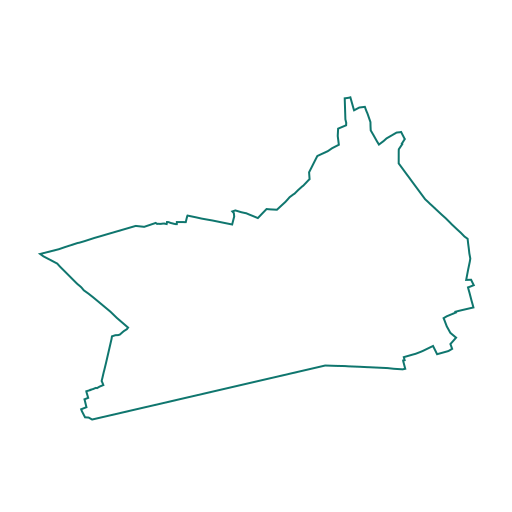 Alūksne, Aluksne, Latvia, rotated 176°
{"feature_id": "27541924B6275122362783", "entity_name": "Alūksne", "entity_type": "district", "adm_level": 2, "iso_a3": "LVA", "parent_name": "Latvia", "parent_adm1": "Aluksne", "projection": "mercator", "projection_center": [27.066, 57.422], "detail": "fine", "context": "isolated", "style": "outline", "palette": "teal", "viewbox_px": 512, "rotation_deg": 176, "n_neighbors": 0, "source": "geoboundaries", "source_scale": "gbopen_adm2", "svg_char_len": 3509}
<svg xmlns="http://www.w3.org/2000/svg" viewBox="0 0 512 512"><g transform="rotate(176 256 256)"><path d="M62.1,160.6L66.5,164.8L67.5,165.8L69.1,169.3L70.6,172.5L72.2,177.8L72.4,178.5L73.2,180.9L69.8,182.6L60.6,185.7L60.9,186.5L59.7,186.7L57.6,187.1L54.6,187.6L54.0,187.7L42.7,189.5L43.3,192.6L44.2,196.9L44.7,199.6L45.6,204.4L46.3,207.8L46.7,209.9L44.5,210.5L40.8,211.7L42.1,214.8L43.1,217.3L48.0,217.5L45.2,228.1L43.1,235.5L42.4,238.5L43.0,243.7L43.2,248.6L43.5,253.5L43.7,258.4L46.7,260.9L48.3,262.8L49.9,264.7L53.5,268.5L57.1,272.4L58.6,274.0L60.0,275.7L64.1,280.4L68.0,284.4L77.5,294.6L78.0,295.1L78.9,296.0L80.0,297.3L83.3,300.8L95.1,319.3L98.6,324.9L99.1,325.6L106.3,337.0L107.2,338.4L106.3,350.8L106.1,352.5L102.3,357.4L102.7,357.9L99.4,362.3L99.6,362.6L102.6,369.6L104.2,369.4L104.6,369.4L105.4,369.4L107.2,369.3L117.6,364.2L120.5,361.9L125.6,358.6L127.4,362.1L130.2,368.0L132.8,373.3L132.7,377.5L132.5,381.6L132.9,383.1L134.3,388.3L134.5,389.1L135.1,391.1L135.6,392.4L136.2,394.4L136.4,395.0L136.8,396.6L137.0,397.2L142.6,396.9L148.0,394.5L148.2,395.2L150.8,407.7L152.3,407.4L153.4,407.3L154.7,407.2L156.5,407.1L157.3,386.1L156.7,382.5L157.0,380.1L157.3,380.0L157.6,379.9L163.8,377.8L165.2,377.3L166.1,370.0L165.6,361.2L166.5,360.8L172.6,358.2L176.8,355.7L187.8,351.5L188.5,350.4L189.7,348.4L197.2,335.8L197.2,332.7L197.2,328.9L198.2,328.1L204.0,322.8L204.9,322.3L209.4,318.8L213.3,315.4L214.2,315.0L218.1,312.5L218.3,312.4L219.6,311.1L220.4,310.3L222.9,307.9L227.3,304.4L231.4,301.1L231.9,300.7L238.4,301.5L242.2,302.1L247.2,297.6L251.5,293.7L256.7,296.3L259.8,297.8L262.9,299.4L263.1,299.4L263.3,299.5L263.5,299.5L267.6,300.7L273.4,302.9L274.9,302.5L276.5,302.1L275.8,301.2L275.1,300.3L275.0,296.9L276.4,292.7L277.6,289.1L287.4,291.8L297.1,294.5L302.4,295.8L307.6,297.1L313.3,298.8L319.0,300.4L319.3,300.5L320.4,300.8L321.5,301.1L321.9,300.4L322.1,299.7L322.2,299.3L322.4,298.9L323.7,294.7L332.6,295.4L332.8,293.3L333.9,293.4L335.4,293.8L336.9,294.3L338.8,294.9L339.0,295.0L340.9,295.9L342.4,296.1L342.9,294.1L345.1,294.7L345.2,294.8L347.3,294.8L348.3,294.7L349.3,294.7L351.6,295.0L352.4,294.9L353.8,296.0L355.5,295.5L357.5,295.0L359.7,294.4L360.1,294.3L365.5,292.9L373.9,294.4L403.4,288.0L410.2,286.5L415.9,285.3L420.3,284.2L425.9,282.8L431.3,281.6L433.1,281.4L445.6,278.3L452.3,276.5L471.2,273.1L468.1,270.5L454.8,262.3L452.3,259.1L437.1,241.6L435.9,240.3L434.3,238.8L432.7,237.2L431.9,236.2L430.2,233.8L425.7,230.1L424.4,228.9L421.4,226.2L405.2,210.7L399.1,203.9L388.6,193.5L389.6,192.4L389.9,192.0L391.4,191.2L392.9,190.4L394.2,189.5L395.5,188.5L396.4,187.8L397.3,187.1L399.1,186.7L401.8,186.8L405.3,185.9L405.9,183.3L413.2,159.4L414.0,156.9L415.4,152.5L415.9,151.1L416.8,148.2L417.7,145.2L418.2,143.7L418.7,142.1L417.9,139.9L417.8,139.6L417.3,137.9L421.2,136.6L421.6,136.4L422.6,135.9L423.8,135.3L424.1,135.4L425.0,135.6L427.9,134.6L430.5,134.1L430.5,133.8L432.5,133.4L433.8,133.1L434.7,132.9L434.6,132.0L433.3,126.2L437.1,125.0L436.9,124.1L435.7,117.0L437.6,116.4L441.1,115.3L440.5,113.3L437.8,107.0L434.2,106.5L430.9,104.3L194.8,141.9L193.6,141.8L193.4,141.8L191.5,141.6L183.8,140.8L175.0,140.0L171.6,139.5L159.7,138.2L152.4,137.3L152.1,137.3L145.3,136.5L132.5,135.0L127.1,134.0L125.8,133.8L117.6,132.7L115.0,133.1L116.3,139.9L116.5,141.2L116.5,141.5L115.0,141.7L115.6,144.8L106.2,146.8L103.6,147.3L98.4,148.9L96.1,149.7L85.7,153.9L83.2,147.9L82.2,145.4L71.0,147.7L70.8,147.8L70.4,147.9L66.8,149.7L68.2,154.6L63.2,159.5L62.1,160.6Z" fill="none" stroke="#0f766e" stroke-width="2"/></g></svg>